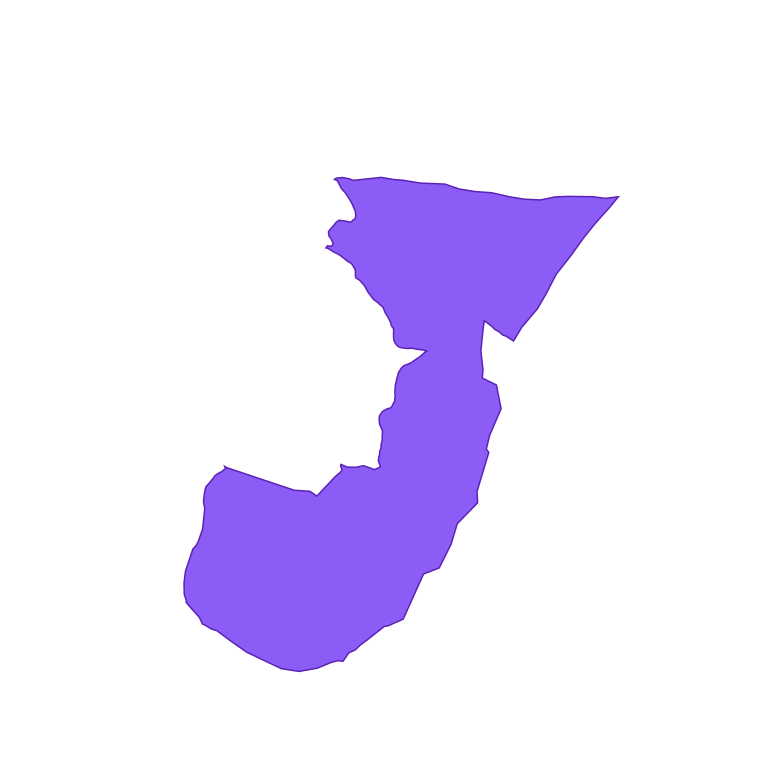 Oturkpo, Benue, Nigeria, rotated 45°
{"feature_id": "59680162B20372712773645", "entity_name": "Oturkpo", "entity_type": "district", "adm_level": 2, "iso_a3": "NGA", "parent_name": "Nigeria", "parent_adm1": "Benue", "projection": "robinson", "projection_center": [8.02, 7.291], "detail": "fine", "context": "isolated", "style": "filled", "palette": "violet", "viewbox_px": 768, "rotation_deg": 45, "n_neighbors": 0, "source": "geoboundaries", "source_scale": "gbopen_adm2", "svg_char_len": 3647}
<svg xmlns="http://www.w3.org/2000/svg" viewBox="0 0 768 768"><g transform="rotate(45 384 384)"><path d="M398.2,678.1L400.8,678.6L418.5,679.6L425.5,682.1L426.6,681.4L435.1,679.3L440.4,676.6L457.4,674.1L476.7,670.7L489.0,666.3L512.7,657.9L525.4,648.6L527.2,647.3L537.9,631.9L543.0,619.4L547.0,612.2L551.1,609.1L549.2,599.0L551.7,592.3L551.8,585.4L553.0,577.3L555.6,555.4L558.0,551.9L563.8,536.6L546.3,490.4L553.1,475.0L544.7,449.8L534.6,431.0L534.2,401.8L525.9,394.4L506.5,358.3L502.4,357.7L495.0,345.6L484.3,318.7L464.2,305.2L449.3,310.3L444.1,304.1L429.1,292.1L414.6,274.3L410.2,268.3L419.5,267.0L424.0,267.0L428.6,265.7L433.3,265.4L436.4,263.9L445.2,262.0L441.3,246.4L439.3,222.4L435.0,206.1L428.2,184.6L427.2,176.4L425.3,160.6L424.1,153.2L421.9,140.0L419.9,121.6L419.2,110.4L418.7,99.6L417.3,85.9L409.1,96.4L400.9,102.6L399.2,103.9L381.0,121.7L372.6,130.9L364.5,143.2L360.9,146.5L352.3,154.3L340.5,162.8L324.9,172.6L317.2,179.3L312.5,183.4L299.2,193.0L285.7,199.6L278.9,205.8L267.8,216.1L253.1,226.7L246.2,232.6L235.9,239.9L220.5,259.0L218.4,261.6L214.3,263.5L208.7,267.3L204.8,272.0L204.2,274.3L207.6,273.3L215.7,275.9L221.5,276.2L226.5,277.2L232.7,278.7L239.4,281.3L241.6,282.2L243.8,283.9L245.9,286.0L246.6,287.7L246.0,290.8L246.5,291.9L245.9,293.2L241.4,296.2L236.4,300.0L235.8,303.4L236.3,307.1L236.7,313.7L237.1,315.7L240.6,318.3L244.0,318.8L248.5,320.5L249.5,322.2L249.2,324.0L247.5,325.3L246.2,326.4L246.7,328.8L247.9,328.0L250.5,327.3L254.2,326.4L257.4,325.5L259.3,324.7L262.6,324.0L264.2,323.7L265.8,323.7L267.4,323.4L269.2,323.2L270.7,323.2L272.2,322.8L273.6,322.3L275.2,322.0L276.7,322.0L279.4,322.6L281.5,323.2L282.9,323.5L283.3,323.8L287.1,327.5L288.2,328.5L288.8,328.8L289.8,328.8L292.6,328.0L294.4,327.9L299.2,328.2L301.3,328.5L304.0,329.2L306.7,330.1L308.9,330.6L311.2,330.7L312.6,331.0L315.2,331.4L317.0,331.6L319.8,331.1L321.5,330.8L324.9,330.8L327.5,330.5L328.5,330.5L329.7,330.7L331.7,331.6L334.6,332.8L338.5,333.6L340.6,334.3L344.3,335.5L348.3,337.6L351.4,338.1L352.4,338.8L356.9,343.5L360.2,346.1L362.7,347.1L364.7,347.4L366.4,347.5L367.8,347.4L369.8,346.6L371.6,345.4L375.6,342.2L376.2,341.5L377.7,339.8L379.7,338.0L380.3,337.7L382.2,336.5L383.3,335.7L387.6,332.3L390.3,330.8L391.1,330.5L390.5,332.4L390.4,333.4L390.4,334.6L390.2,337.7L390.0,339.7L388.8,345.6L388.3,349.0L387.2,352.4L385.7,355.5L385.1,357.0L385.0,360.1L385.5,362.7L385.9,364.8L386.2,365.9L387.2,367.4L388.9,370.5L391.3,374.3L392.4,376.2L393.2,377.3L394.4,378.5L395.6,379.8L397.5,382.2L398.8,383.2L399.8,384.0L401.1,385.6L402.3,387.0L403.3,388.2L403.8,389.4L405.5,394.6L405.6,395.5L405.2,397.3L404.3,398.3L403.8,399.2L402.6,403.3L402.4,405.0L402.7,406.7L403.2,409.1L403.7,410.1L404.6,411.5L405.8,412.6L408.7,415.1L409.5,415.6L412.5,416.8L415.5,418.0L416.2,418.5L417.0,419.2L417.8,420.1L419.0,421.4L420.1,422.8L421.0,423.6L421.9,424.4L422.6,425.2L423.9,427.4L424.9,429.1L426.3,430.4L427.5,431.9L428.1,433.5L428.8,435.0L430.5,436.7L431.1,437.6L431.9,439.4L434.5,442.5L436.4,443.2L440.0,445.1L437.9,451.3L433.7,453.1L427.4,456.2L426.6,457.1L423.7,461.9L422.4,463.3L417.5,468.1L416.3,468.9L414.0,469.9L410.5,471.2L410.8,472.1L411.7,472.9L414.3,473.9L415.1,474.7L415.5,476.0L415.5,478.2L415.0,483.8L415.4,498.6L415.7,506.6L415.7,510.8L407.6,512.2L401.1,517.8L395.7,522.6L332.2,554.2L329.6,554.9L331.8,555.8L331.3,558.6L331.1,561.0L330.4,562.9L329.5,567.0L329.3,568.5L329.9,571.6L330.0,573.3L330.2,574.9L330.4,575.8L330.6,580.4L330.6,582.1L331.6,584.2L334.4,588.4L339.6,594.9L345.4,598.9L358.2,614.7L363.5,625.5L365.3,630.5L365.6,636.0L376.0,656.8L383.3,666.1L391.4,673.9L397.4,677.0L398.2,678.1Z" fill="#8b5cf6" stroke="#5b21b6" stroke-width="1.5"/></g></svg>